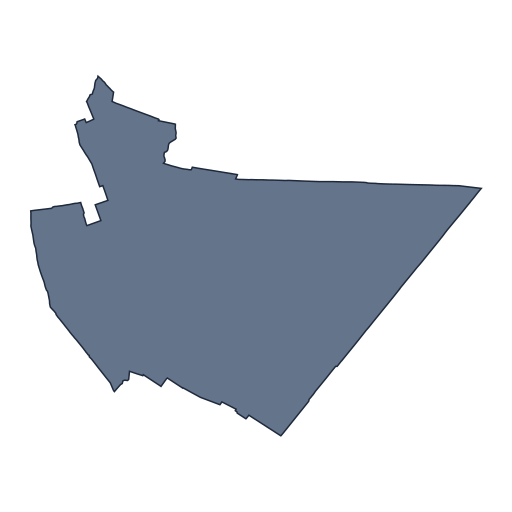 the district of Posta Calnau, Buzau, Romania
{"feature_id": "2599482B12204688423442", "entity_name": "Posta Calnau", "entity_type": "district", "adm_level": 2, "iso_a3": "ROU", "parent_name": "Romania", "parent_adm1": "Buzau", "projection": "albers", "projection_center": [26.87, 45.248], "detail": "fine", "context": "isolated", "style": "filled", "palette": "slate", "viewbox_px": 512, "rotation_deg": 0, "n_neighbors": 0, "source": "geoboundaries", "source_scale": "gbopen_adm2", "svg_char_len": 5434}
<svg xmlns="http://www.w3.org/2000/svg" viewBox="0 0 512 512"><path d="M309.0,399.5L309.4,399.0L309.7,398.6L309.8,398.5L310.0,398.3L311.3,396.8L312.3,395.5L312.8,395.0L313.7,393.8L314.6,392.5L315.5,391.1L315.9,390.7L316.2,390.3L317.7,388.5L320.0,385.7L323.1,381.9L326.3,378.0L330.8,372.3L335.5,366.5L335.8,366.3L336.2,366.3L336.6,366.4L337.1,366.4L341.4,361.0L341.6,360.9L345.3,356.3L356.2,342.9L365.7,330.9L365.8,330.7L368.6,327.5L373.0,322.0L388.5,302.9L391.0,299.8L392.8,297.6L396.3,293.2L399.8,288.8L399.7,288.7L411.3,274.5L414.6,270.5L414.8,270.2L415.0,270.0L416.5,268.1L416.7,267.9L417.0,267.5L420.5,263.5L429.0,253.0L438.9,240.8L441.4,237.6L441.7,237.3L445.4,232.4L447.5,229.7L453.8,222.1L456.8,218.5L459.0,215.9L466.5,206.7L467.7,205.2L469.8,202.7L470.1,202.3L470.2,202.1L470.9,201.2L473.8,197.7L476.6,194.1L478.7,191.5L481.3,188.4L459.6,185.8L458.9,185.7L453.5,185.6L448.2,185.4L436.8,185.3L430.4,185.0L416.0,184.7L407.9,184.5L397.6,184.2L390.9,184.1L383.8,183.9L377.5,183.6L376.1,183.4L369.9,183.2L367.5,183.0L366.4,182.6L364.4,182.4L352.2,181.9L343.6,181.9L332.7,181.6L319.1,181.6L302.2,181.0L288.9,180.4L285.0,180.5L279.6,180.3L273.0,180.1L270.2,180.1L267.5,180.0L262.7,179.8L257.9,179.8L253.8,179.7L251.2,179.6L249.0,179.7L243.3,179.5L238.4,179.4L237.2,179.2L235.6,178.9L237.5,174.7L237.4,174.6L212.3,170.5L202.8,169.0L196.8,168.0L192.3,167.2L191.9,168.3L191.4,169.4L191.1,169.8L189.0,169.7L187.7,169.4L186.7,169.3L185.0,169.1L183.4,168.9L180.6,168.3L177.5,167.4L171.4,165.8L168.3,164.8L165.2,163.9L163.5,163.2L165.0,161.4L165.1,159.8L164.5,157.7L163.9,156.3L164.0,154.5L164.4,152.4L166.2,151.7L167.4,150.6L167.9,149.3L168.2,147.4L168.4,145.6L168.7,144.2L169.3,143.1L170.6,142.1L173.4,140.4L175.2,139.3L176.1,138.1L175.7,135.6L176.1,133.0L175.9,131.5L175.3,128.7L175.4,124.2L174.4,123.9L168.4,122.7L158.5,120.7L158.9,120.1L159.0,119.7L158.9,119.5L158.5,119.1L154.8,117.8L150.3,116.0L145.9,114.4L141.3,112.7L135.9,110.7L133.3,109.7L130.5,108.6L127.7,107.6L125.4,106.7L123.4,105.9L119.6,104.5L115.9,103.2L114.0,102.3L112.1,101.5L113.6,92.1L113.0,91.7L112.2,91.0L110.8,89.6L109.8,88.4L109.0,87.7L107.3,85.9L106.2,84.9L105.3,83.4L104.3,82.1L102.9,81.0L101.3,79.1L98.0,76.2L97.9,76.7L97.7,77.8L97.5,78.3L97.4,78.5L96.9,79.1L96.4,79.6L96.0,80.1L95.9,80.3L95.7,80.5L95.5,81.1L95.3,81.9L95.0,83.1L94.5,86.7L94.5,87.3L94.3,88.1L94.1,88.8L93.9,89.5L93.5,90.2L93.1,91.3L92.9,91.9L92.7,92.5L92.6,92.9L92.5,93.5L92.4,93.7L92.3,94.0L92.2,94.1L91.9,94.3L91.4,94.4L90.8,94.5L90.4,94.6L90.0,95.0L89.8,95.3L89.8,95.7L89.6,96.1L89.4,96.6L89.1,97.2L88.4,98.2L87.9,99.0L87.4,100.0L87.1,100.6L86.8,101.1L86.5,101.6L86.9,102.1L87.0,102.3L87.4,103.2L88.0,104.9L88.3,105.5L88.5,106.3L89.3,108.1L91.1,112.4L93.0,117.1L93.8,118.9L93.8,119.1L93.7,119.2L90.3,120.8L86.2,122.6L85.9,121.9L85.2,120.2L84.9,119.5L84.7,119.0L82.3,119.9L77.1,121.7L77.0,122.3L76.9,122.8L76.7,123.5L76.3,124.1L76.0,124.3L75.9,124.4L75.4,124.6L75.0,124.7L75.1,124.9L75.2,125.2L75.5,126.0L75.6,126.5L76.1,128.1L76.6,129.7L77.7,133.5L77.9,134.1L78.0,134.9L78.1,135.5L78.2,136.0L78.3,136.8L78.4,137.4L78.6,138.0L78.9,139.4L79.0,140.3L79.1,141.3L79.2,142.1L79.4,143.0L79.7,144.0L79.9,144.6L80.0,145.0L83.2,150.0L83.4,150.2L84.4,152.0L86.3,155.0L86.8,155.7L87.5,156.6L90.8,162.2L91.8,163.8L91.9,164.0L92.0,164.4L92.9,167.1L94.0,170.3L95.2,173.5L95.6,174.7L96.7,178.0L97.2,179.5L99.7,186.7L102.8,185.6L104.6,190.6L106.4,195.8L107.9,200.4L104.8,201.5L104.6,201.5L103.2,202.0L101.4,202.7L101.2,202.7L95.2,204.8L96.0,207.0L100.9,220.6L86.9,225.6L86.3,224.4L85.6,222.0L84.6,218.2L84.0,217.1L83.7,215.9L83.5,214.6L83.6,213.8L83.9,213.4L84.1,212.9L84.0,212.6L83.5,210.9L83.2,210.2L82.8,208.6L81.8,206.2L81.1,204.1L80.7,202.5L77.4,203.2L76.0,203.3L74.7,203.4L69.4,204.5L66.4,204.9L62.1,205.7L59.1,206.0L56.3,206.4L55.1,206.4L53.0,206.9L52.4,207.6L51.6,208.2L51.0,208.5L50.3,208.4L48.4,208.7L33.9,210.4L30.7,210.9L30.8,212.1L31.0,213.4L30.9,213.9L30.9,218.6L31.0,221.3L31.0,222.2L31.1,222.9L31.0,223.7L30.9,226.2L31.2,227.7L32.4,233.1L32.8,234.6L33.9,242.5L34.4,244.7L35.4,247.5L35.6,247.8L35.9,249.7L36.0,250.8L36.1,251.6L36.4,253.1L36.7,255.1L36.8,256.5L37.2,259.9L37.4,260.7L37.7,261.8L38.2,264.6L38.2,264.8L39.3,268.3L40.4,271.9L41.1,273.9L41.4,274.8L44.1,282.0L45.2,286.6L46.4,290.0L47.3,291.1L47.7,292.0L48.0,293.1L49.5,300.8L49.6,303.6L50.3,307.0L51.2,308.1L52.8,309.8L53.9,310.9L55.4,312.7L55.7,313.1L55.9,313.4L56.0,314.1L56.1,314.6L56.7,315.4L57.8,317.0L59.4,318.8L61.6,321.6L63.9,324.4L65.0,325.9L65.4,326.4L66.0,327.1L66.2,327.4L66.7,328.0L69.2,331.2L69.9,332.2L70.9,333.4L72.1,334.9L73.6,336.6L74.4,337.7L76.5,340.0L78.0,341.9L82.4,347.3L84.3,349.8L85.0,350.7L85.9,352.0L86.4,352.6L86.6,352.8L88.3,355.0L89.3,355.4L89.2,356.4L89.3,356.8L89.7,357.2L90.4,357.9L91.9,359.5L94.8,363.2L98.8,368.4L100.4,370.4L100.8,370.9L106.5,378.1L108.5,380.6L110.1,382.6L110.3,382.9L111.0,384.5L112.3,387.6L113.1,389.5L113.6,390.6L114.0,391.1L114.4,391.6L118.1,387.3L120.5,384.6L122.3,383.5L122.8,381.0L124.4,380.2L127.6,380.5L128.7,379.4L129.5,371.3L136.9,373.8L142.0,375.4L142.8,375.7L143.3,374.7L160.9,386.3L161.0,386.4L166.4,378.9L167.3,378.0L182.7,388.1L182.9,387.8L183.1,387.9L200.3,397.3L219.9,404.7L220.0,404.7L221.9,401.9L228.1,405.1L236.1,409.2L235.3,410.7L237.0,411.9L237.2,413.1L245.9,418.8L246.1,418.7L248.9,415.2L249.0,415.3L268.7,428.0L280.8,435.8L281.0,435.7L283.5,432.7L303.4,407.9L308.7,401.3L308.9,400.5L309.0,399.5Z" fill="#64748b" stroke="#1e293b" stroke-width="1.5"/></svg>